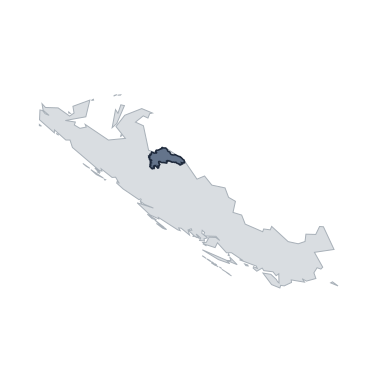 Chita on a map of Russia (Equal Earth projection), rotated 215°
{"feature_id": "RUS-2610", "entity_name": "Chita", "entity_type": "Region", "adm_level": 1, "iso_a3": "RUS", "parent_name": "Russia", "parent_adm1": "", "projection": "equal_earth", "projection_center": [116.487, 53.771], "detail": "fine", "context": "in_parent", "style": "filled", "palette": "slate", "viewbox_px": 384, "rotation_deg": 215, "n_neighbors": 0, "source": "natural_earth", "source_scale": "10m", "svg_char_len": 8555}
<svg xmlns="http://www.w3.org/2000/svg" viewBox="0 0 384 384"><g transform="rotate(215 192 192)"><path d="M281.0,231.5L269.7,234.0L271.6,231.9L270.5,227.3L275.6,226.4L278.4,216.8L269.8,218.4L251.5,201.3L243.7,203.5L245.1,205.8L238.7,213.0L217.1,213.6L195.3,205.4L190.9,212.3L179.7,209.0L167.3,214.3L159.0,208.6L151.1,209.3L146.7,198.8L138.1,201.6L130.0,196.2L111.3,200.0L112.1,202.8L106.2,205.9L107.0,209.5L84.8,206.5L75.3,210.5L71.0,216.3L74.5,222.8L66.3,228.2L67.7,236.9L64.4,238.9L42.7,226.4L57.1,212.8L41.8,205.4L42.2,202.8L46.1,201.7L45.8,195.7L40.9,192.2L47.2,184.6L52.0,184.2L48.1,182.7L60.3,176.9L58.6,175.0L62.6,168.0L65.8,166.4L65.0,163.8L73.7,161.8L87.4,166.3L80.2,169.8L72.7,168.7L70.5,167.6L68.6,167.4L74.0,174.8L75.1,171.7L79.9,173.1L88.0,168.8L90.9,169.9L93.5,164.3L98.2,164.7L98.8,166.0L94.7,166.9L96.9,168.2L114.2,163.7L112.2,165.1L124.9,164.9L128.9,162.0L142.0,165.0L141.2,159.7L152.0,156.4L154.2,156.8L151.4,159.0L152.1,164.7L146.4,168.4L141.5,168.2L147.0,169.4L155.4,163.9L158.0,163.7L158.4,166.1L161.7,166.5L160.3,163.8L153.0,163.3L155.3,160.6L153.7,159.0L158.0,156.6L158.5,159.3L163.1,159.9L164.5,159.9L159.6,158.2L164.5,157.3L172.7,158.5L170.2,160.6L171.6,161.5L173.5,158.6L169.3,155.3L180.2,156.1L182.3,154.9L179.5,153.6L182.0,152.8L204.9,151.9L203.8,150.9L213.4,149.2L230.7,151.7L214.4,156.7L224.0,154.6L229.1,154.8L229.2,156.6L229.6,156.9L230.2,156.9L231.0,155.3L250.3,155.0L258.8,156.1L259.4,157.9L256.4,157.3L263.1,160.3L265.8,158.1L279.7,158.9L277.8,157.4L280.6,156.5L315.5,159.9L321.7,164.6L325.1,162.2L340.2,164.0L338.7,161.5L358.3,163.7L363.6,172.0L361.2,173.0L357.2,171.9L353.0,172.8L360.9,173.6L365.5,178.3L360.5,177.2L349.9,184.1L335.8,184.0L333.9,189.0L338.7,193.9L328.4,208.7L322.1,192.7L336.8,177.9L327.7,182.4L326.8,179.4L320.3,179.9L315.9,184.5L318.3,186.1L290.3,186.6L277.3,197.7L291.8,202.0L291.1,216.3L281.0,231.5ZM150.4,150.6L124.8,155.8L120.0,155.0L131.6,151.8L150.4,150.6ZM294.3,198.9L301.9,215.6L297.8,214.0L300.3,222.6L296.9,224.0L292.9,204.9L294.3,198.9ZM113.3,158.4L124.3,155.9L120.7,158.1L123.7,160.3L113.3,158.4ZM272.6,152.6L280.4,151.4L287.7,152.3L272.6,152.6ZM198.1,146.5L206.4,147.7L194.6,147.1L198.1,146.5ZM195.5,145.5L203.2,145.8L192.1,146.2L195.5,145.5ZM209.4,147.3L215.9,148.2L205.1,148.8L209.4,147.3ZM289.3,152.8L293.3,152.4L297.8,152.8L289.3,152.8ZM18.5,198.8L26.3,197.1L25.4,199.0L18.5,198.8ZM118.6,146.0L123.3,145.8L114.2,146.2L118.6,146.0ZM280.7,154.9L285.4,155.9L278.3,155.6L280.7,154.9ZM107.6,163.3L104.4,164.2L103.6,163.6L105.6,162.6L107.6,163.3ZM127.5,145.7L131.8,145.5L133.8,145.7L127.5,145.7ZM141.5,145.7L139.3,146.1L136.4,146.0L137.3,145.7L141.5,145.7ZM145.6,145.8L142.1,145.7L147.2,145.6L145.6,145.8ZM126.1,160.8L126.5,162.3L124.8,161.2L126.1,160.8ZM196.0,146.7L193.0,146.9L191.2,146.6L196.0,146.7ZM130.3,145.2L135.7,145.1L133.6,145.4L130.3,145.2ZM355.8,159.8L353.1,159.6L355.1,158.8L355.8,159.8ZM114.9,145.8L118.0,145.9L111.5,145.9L114.9,145.8ZM152.4,156.0L149.2,156.1L152.5,155.9L152.4,156.0ZM227.4,153.8L228.7,154.5L226.4,154.1L227.4,153.8ZM336.9,162.0L335.1,162.3L333.8,162.0L336.9,162.0ZM134.6,146.2L132.3,146.1L136.1,146.2L134.6,146.2ZM134.6,145.4L135.9,145.7L133.1,145.5L134.6,145.4ZM311.2,225.6L310.8,226.9L309.3,228.7L311.2,225.6ZM130.5,146.2L132.0,146.5L129.8,146.4L130.5,146.2ZM164.4,157.2L162.0,157.5L161.5,157.5L164.4,157.2ZM338.9,186.9L336.9,186.6L338.4,186.0L338.9,186.9ZM280.3,154.2L279.4,154.8L278.8,154.3L280.3,154.2ZM282.4,196.7L282.9,198.2L281.8,197.8L282.4,196.7ZM327.0,209.3L326.0,211.4L325.3,210.8L327.0,209.3ZM126.7,146.3L124.5,146.4L123.8,146.3L126.7,146.3ZM166.3,156.1L165.5,156.7L165.2,156.5L166.3,156.1ZM271.1,152.2L269.8,152.5L270.1,151.8L271.1,152.2ZM306.1,230.4L308.5,228.6L306.1,230.8L306.1,230.4Z" fill="#d9dde1" stroke="#a8b0b8" stroke-width="1"/><path d="M230.8,210.9L230.4,210.8L229.6,211.1L229.3,211.3L229.1,211.3L228.7,211.5L227.8,212.2L227.5,212.5L227.5,212.8L227.2,212.8L226.8,213.1L226.6,213.1L226.1,213.0L225.1,213.3L224.2,213.4L223.8,213.5L223.4,213.5L223.0,213.7L222.3,214.1L221.9,214.1L221.3,214.0L221.2,213.8L220.9,214.0L220.7,214.1L219.9,213.9L219.7,213.8L219.2,213.8L219.1,213.7L218.6,213.5L218.0,213.6L217.8,213.5L216.9,213.6L216.4,213.2L216.2,213.0L215.9,212.9L215.7,212.8L215.7,212.6L215.6,212.4L215.5,212.0L215.6,211.8L215.1,211.7L215.3,211.5L215.3,211.3L215.2,211.2L215.3,211.1L215.5,211.0L215.6,210.9L215.8,210.6L216.0,210.5L216.3,210.4L216.6,210.4L216.8,210.2L217.2,210.2L217.4,210.1L217.1,210.0L216.8,209.8L216.3,209.6L216.0,209.4L216.4,209.1L216.7,208.5L217.0,208.5L217.2,208.3L217.2,208.2L216.8,207.8L217.0,207.6L217.1,207.4L217.3,207.2L217.7,207.3L218.1,207.3L218.4,207.2L218.8,207.6L219.0,207.5L219.3,207.4L219.7,207.3L220.5,206.9L221.5,206.9L221.5,207.1L221.8,207.2L222.1,207.2L222.4,207.0L222.6,206.9L222.5,206.7L222.8,206.5L222.9,206.4L223.0,206.3L224.3,205.9L224.6,205.7L224.8,205.5L224.9,205.4L225.1,205.2L225.4,204.9L225.6,204.9L225.7,205.0L225.9,205.0L226.2,205.1L226.4,205.0L226.4,204.8L226.5,204.7L227.4,204.8L227.8,204.5L228.1,204.4L228.7,204.3L228.9,204.4L229.2,204.1L229.7,203.9L230.1,203.7L230.4,203.4L230.3,203.2L230.5,202.9L230.6,202.7L230.4,202.6L230.1,202.6L230.3,202.4L230.1,202.3L230.0,202.2L229.8,202.2L229.7,202.1L229.8,202.0L229.7,201.9L229.5,201.6L229.6,201.4L229.4,201.1L229.8,200.9L230.1,200.7L230.3,200.7L230.6,200.6L231.0,200.5L231.2,200.2L231.5,200.2L231.8,200.1L232.0,200.0L232.2,199.9L232.2,199.7L232.5,199.6L233.2,199.1L233.3,198.9L233.6,198.8L234.8,198.5L235.5,198.7L236.0,198.5L236.0,198.4L236.1,198.1L236.4,198.0L236.3,197.8L236.5,197.7L236.4,197.6L236.4,197.3L236.2,197.2L236.3,197.1L236.1,196.9L235.4,196.6L235.4,196.3L235.3,196.2L234.7,196.2L234.3,196.2L234.2,196.1L234.3,196.0L234.1,195.8L234.2,195.6L234.2,195.4L234.1,195.1L234.1,194.9L234.2,194.7L233.9,194.5L233.9,194.3L233.9,194.2L234.0,194.0L233.9,193.9L233.7,193.6L233.7,193.3L233.9,193.3L234.0,193.3L233.7,193.1L233.7,192.9L233.3,192.9L233.2,192.8L233.2,192.7L233.5,192.5L233.5,192.3L233.5,192.1L233.8,191.9L234.1,192.0L234.3,192.2L234.5,192.2L234.7,192.3L235.2,192.2L235.5,192.4L235.7,192.5L236.0,192.5L236.5,192.4L236.9,192.4L237.0,192.2L237.3,192.0L237.5,192.2L237.5,192.3L237.6,192.2L237.8,192.2L238.0,191.9L238.1,191.6L237.9,191.4L238.2,191.3L238.3,191.1L237.9,191.0L237.6,191.2L237.4,191.0L237.3,190.9L237.3,190.6L237.2,190.6L237.2,190.3L237.2,190.2L236.9,190.1L237.0,189.9L236.8,189.7L237.3,189.6L237.5,189.4L237.4,189.4L237.4,189.2L237.5,189.0L237.5,188.9L237.8,188.8L237.9,188.7L237.6,188.4L238.0,188.2L238.7,188.2L238.9,188.3L239.0,188.3L239.0,188.2L239.4,188.3L239.6,188.5L240.1,188.7L240.4,188.6L241.1,188.6L241.2,188.8L241.2,189.0L241.3,189.1L241.2,189.2L241.1,189.7L241.0,189.9L241.3,190.0L241.3,190.3L241.4,190.5L241.5,190.3L241.6,190.2L241.9,190.2L242.0,190.3L241.8,190.5L241.9,190.9L242.1,190.9L242.3,191.2L242.5,191.4L242.3,191.6L242.3,191.8L242.5,191.9L242.8,192.1L242.5,192.4L242.4,192.5L242.5,192.5L242.9,192.7L242.8,192.8L243.0,193.1L243.8,193.3L243.8,193.5L244.1,193.6L244.4,193.8L243.7,194.0L243.4,194.2L243.3,194.3L243.6,194.6L243.5,194.8L243.8,194.8L244.1,194.9L245.2,194.5L245.4,194.5L245.6,194.5L245.9,194.5L246.1,194.7L246.1,194.9L246.2,195.0L246.1,195.3L246.3,195.6L246.2,195.8L246.3,195.9L246.5,195.9L246.9,195.8L247.0,195.6L247.4,195.6L247.6,195.9L247.7,196.0L247.6,196.7L247.8,196.8L247.6,196.9L247.6,197.3L247.4,197.4L247.3,197.6L247.0,197.7L247.0,198.0L247.2,197.9L247.5,197.8L247.6,198.1L247.7,198.3L247.9,198.6L248.1,198.7L248.1,198.8L247.6,199.0L247.5,198.9L247.4,198.8L247.2,198.9L247.1,199.0L247.3,199.3L247.2,199.4L247.3,199.6L247.1,199.7L247.0,199.8L247.1,200.0L247.3,200.1L247.7,200.5L247.7,200.8L247.8,200.9L247.8,201.2L247.9,201.3L248.0,201.4L248.0,201.6L247.7,201.6L247.1,201.8L246.8,201.9L246.5,201.9L246.1,202.1L245.8,202.0L245.3,202.1L245.0,202.3L244.8,202.6L244.5,202.8L244.1,203.2L243.5,203.5L243.5,203.9L243.7,204.0L243.9,204.1L244.5,203.9L245.1,204.2L245.1,204.5L244.9,204.7L245.0,204.9L245.2,205.0L245.3,205.4L245.1,205.6L245.1,205.8L245.0,206.0L244.6,206.1L244.3,206.4L243.9,206.7L243.7,206.9L243.7,207.0L243.5,207.3L243.4,207.5L243.1,207.8L243.1,208.0L243.0,208.4L242.5,208.9L242.5,209.0L242.4,209.1L242.5,209.2L242.4,209.4L242.0,209.8L241.9,210.3L241.7,210.4L241.9,210.6L242.1,210.6L242.1,210.8L242.1,211.2L241.8,211.5L241.5,211.6L241.1,211.6L240.7,211.7L240.2,211.9L240.1,212.1L239.9,212.1L239.5,212.4L239.4,212.5L238.8,212.9L238.7,213.0L237.8,212.7L237.3,212.7L236.8,212.5L236.0,212.2L235.7,211.8L234.8,211.5L234.5,211.6L233.7,211.9L232.9,211.9L232.5,211.7L232.0,211.1L231.4,210.9L231.2,210.8L230.8,210.9Z" fill="#64748b" stroke="#1e293b" stroke-width="1.5"/></g></svg>